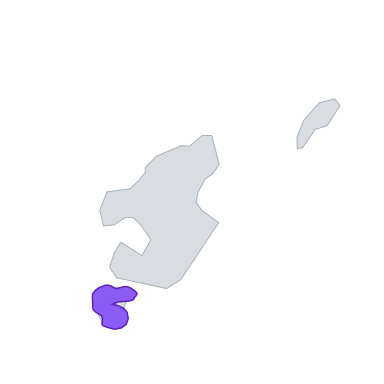 Eckerö on a map of Aland (Equal Earth projection), rotated 307°
{"feature_id": "ALD-4812", "entity_name": "Eckerö", "entity_type": "state/province", "adm_level": 1, "iso_a3": "ALA", "parent_name": "Aland", "parent_adm1": "", "projection": "equal_earth", "projection_center": [19.596, 60.195], "detail": "fine", "context": "in_parent", "style": "filled", "palette": "violet", "viewbox_px": 384, "rotation_deg": 307, "n_neighbors": 0, "source": "natural_earth", "source_scale": "10m", "svg_char_len": 1285}
<svg xmlns="http://www.w3.org/2000/svg" viewBox="0 0 384 384"><g transform="rotate(307 192 192)"><path d="M170.4,142.8L179.3,142.9L183.3,140.0L198.9,142.0L222.4,155.3L227.1,162.5L243.3,166.2L249.0,173.7L230.4,197.1L218.8,197.5L210.2,194.6L195.0,197.1L186.1,201.6L183.1,211.3L183.7,231.7L115.3,235.8L99.6,229.8L78.1,183.5L82.3,171.5L96.8,166.5L109.1,165.4L111.0,190.3L129.2,187.8L134.8,171.4L136.1,159.8L131.2,154.0L118.8,149.5L111.7,141.8L121.9,129.3L140.9,124.0L157.3,140.6L170.4,142.8ZM75.2,199.3L76.7,207.1L65.5,205.1L57.0,207.8L51.1,217.3L38.5,213.9L33.4,200.2L42.8,179.7L65.4,179.0L75.2,199.3ZM352.3,250.0L350.1,258.2L326.2,260.0L316.2,252.7L293.9,253.6L290.0,250.0L299.2,242.7L316.8,238.1L339.9,240.0L352.3,250.0Z" fill="#d9dde1" stroke="#a8b0b8" stroke-width="1"/><path d="M68.5,187.7L69.6,190.2L74.6,193.9L76.7,196.0L77.7,198.1L78.3,200.3L78.7,206.5L77.7,209.4L75.5,209.8L72.9,209.5L70.7,210.1L66.5,206.8L59.8,199.2L54.6,196.0L56.9,201.8L58.0,207.3L56.9,212.5L52.6,217.2L46.9,219.1L40.9,217.4L35.7,212.6L32.7,205.2L31.9,202.1L31.7,200.5L33.0,199.1L36.7,197.1L38.7,194.5L38.6,191.0L38.1,187.3L38.7,183.8L40.2,182.1L45.5,178.0L47.7,175.9L50.9,174.0L55.2,174.0L59.5,175.2L65.2,178.8L67.1,181.0L68.2,184.0L68.5,187.7Z" fill="#8b5cf6" stroke="#5b21b6" stroke-width="1.5"/></g></svg>